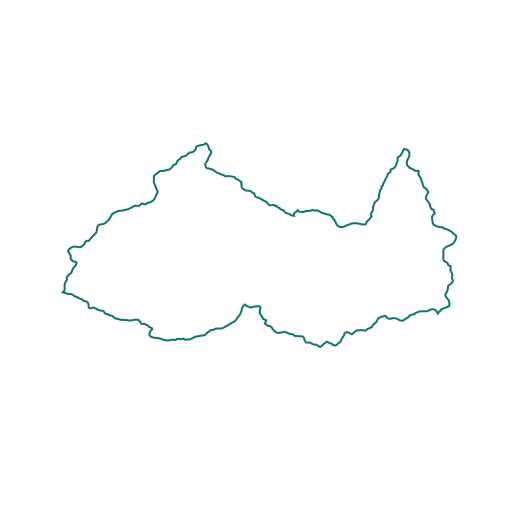 Pomabamba, Áncash, Peru (Equal Earth projection), rotated 247°
{"feature_id": "86281439B64426099138433", "entity_name": "Pomabamba", "entity_type": "district", "adm_level": 2, "iso_a3": "PER", "parent_name": "Peru", "parent_adm1": "Áncash", "projection": "equal_earth", "projection_center": [-77.411, -8.715], "detail": "fine", "context": "isolated", "style": "outline", "palette": "teal", "viewbox_px": 512, "rotation_deg": 247, "n_neighbors": 0, "source": "geoboundaries", "source_scale": "gbopen_adm2", "svg_char_len": 6113}
<svg xmlns="http://www.w3.org/2000/svg" viewBox="0 0 512 512"><g transform="rotate(247 256 256)"><path d="M155.3,426.9L156.5,427.7L159.1,427.6L160.9,428.9L162.7,429.6L167.0,429.4L170.6,431.2L172.5,429.4L173.9,429.6L175.0,429.3L177.9,427.3L179.8,427.2L182.4,428.2L184.5,429.4L187.6,430.4L188.7,431.2L189.5,432.5L189.9,434.1L190.2,436.7L190.1,439.9L190.5,442.6L192.7,445.7L195.0,447.7L196.0,448.1L196.9,447.9L199.7,446.3L201.9,445.5L203.8,444.1L206.3,441.8L207.5,440.1L209.5,438.9L211.9,434.7L215.4,431.7L217.3,431.6L221.1,432.5L223.3,433.4L224.5,434.7L225.1,436.8L226.0,437.4L227.9,437.2L229.3,437.6L230.4,436.0L231.0,435.8L233.9,435.7L235.5,436.4L242.3,434.7L243.4,435.2L245.0,436.6L247.0,439.2L248.4,439.6L252.3,438.6L253.7,437.3L254.9,437.2L256.4,437.3L257.7,437.8L260.0,437.6L262.9,438.1L267.8,437.3L269.4,438.4L270.7,438.8L271.3,438.0L271.9,436.4L272.9,435.1L274.2,434.7L275.2,433.6L276.3,432.9L277.2,431.7L278.4,431.7L279.9,430.6L282.6,431.0L285.1,432.8L288.1,436.3L291.6,437.6L292.6,437.5L294.9,436.6L295.9,435.0L296.7,434.4L295.6,432.6L294.5,431.6L292.0,428.3L291.4,425.4L291.0,424.6L289.0,423.9L284.6,420.1L283.5,418.5L283.2,417.9L282.8,416.0L282.9,414.1L282.3,413.3L281.0,412.7L280.5,412.1L280.4,410.2L279.8,409.0L278.2,408.1L276.1,405.1L274.4,403.4L272.7,401.2L271.7,400.6L271.0,399.7L270.7,398.5L269.1,398.0L268.0,395.8L266.8,395.2L264.7,393.5L262.2,392.2L260.9,391.3L259.6,388.6L259.2,386.9L258.4,385.7L255.1,382.6L253.1,382.1L250.3,378.6L248.5,378.0L247.5,378.0L245.8,375.5L244.3,371.4L242.4,369.6L242.4,368.6L243.6,366.0L245.9,362.9L247.4,360.3L248.5,357.0L248.8,350.9L248.7,346.7L250.5,344.0L251.4,343.3L253.2,342.6L259.5,342.2L259.7,341.7L260.2,341.4L261.8,341.7L262.8,340.9L263.9,340.7L265.7,339.2L267.0,336.9L268.5,335.6L269.7,333.6L270.9,332.9L274.3,330.0L274.5,328.4L276.3,326.0L276.5,325.2L276.3,324.3L278.0,318.7L278.0,317.1L278.6,315.5L279.7,313.4L281.2,312.3L281.8,312.3L281.2,311.0L280.7,308.7L280.2,307.6L279.2,306.9L278.1,306.7L279.7,304.4L281.4,303.3L283.7,300.6L285.2,299.6L287.3,299.2L289.4,296.8L290.8,296.5L292.7,294.7L294.0,294.3L294.5,293.9L294.9,292.9L295.7,292.8L296.1,292.2L297.0,289.0L297.8,287.9L301.9,286.6L303.6,285.1L308.8,281.1L310.0,279.3L310.9,278.7L314.4,278.7L315.7,277.5L317.9,276.4L318.5,275.7L320.3,272.2L323.1,270.1L324.1,269.7L325.5,269.8L326.7,270.2L327.2,270.7L328.5,270.7L329.4,271.5L332.6,269.8L333.7,269.0L335.1,267.3L336.5,267.2L337.2,266.9L340.2,262.3L341.5,258.6L343.0,258.0L345.1,255.3L346.7,254.2L347.9,252.7L352.3,250.0L354.5,247.4L356.3,244.9L357.1,244.6L359.9,244.9L360.8,245.4L363.5,249.5L364.6,250.2L368.3,254.8L369.4,255.6L370.4,255.6L372.6,254.6L376.2,255.0L378.4,254.5L379.3,253.8L379.0,251.0L379.8,247.7L380.1,244.5L379.4,243.2L377.5,241.8L376.4,239.0L376.5,237.3L377.3,235.6L375.7,230.5L376.2,226.1L375.3,224.8L374.4,221.1L372.1,218.6L371.9,217.1L372.0,215.3L370.1,212.6L369.5,209.9L369.6,208.7L370.3,205.9L370.3,203.9L371.6,201.8L371.7,201.1L371.5,199.8L370.8,198.1L370.2,194.5L368.7,192.8L366.5,192.1L364.3,190.8L353.4,190.6L352.6,190.0L350.8,187.5L348.3,185.2L347.6,183.9L346.7,180.1L346.8,178.9L347.3,177.2L346.8,175.0L346.8,174.2L347.4,173.0L348.5,172.3L349.0,171.4L348.0,168.7L348.0,167.7L349.7,163.5L349.2,160.2L349.1,156.4L349.9,151.1L351.3,146.7L350.9,140.2L347.0,134.9L345.3,130.4L345.1,128.2L346.0,124.2L345.8,122.6L344.6,121.2L340.7,118.8L339.8,117.8L336.7,110.5L335.7,109.0L335.4,107.4L336.2,106.0L336.2,105.5L335.6,104.0L334.5,103.3L333.8,102.4L332.7,98.4L332.9,97.2L335.3,93.3L335.9,91.7L336.0,90.3L335.7,88.3L335.2,86.4L334.5,85.3L333.8,84.9L328.3,85.6L326.4,84.4L325.0,84.3L322.4,85.8L320.9,87.9L320.1,88.1L319.3,87.8L317.8,86.4L316.2,82.9L312.7,79.4L311.7,75.9L310.6,73.7L309.8,73.2L308.0,72.8L305.8,69.7L304.8,68.8L299.9,66.8L299.0,66.0L298.0,63.9L297.3,65.2L295.1,67.3L293.2,70.9L292.1,72.0L289.6,73.5L288.2,75.2L287.2,75.8L283.8,79.0L282.6,79.6L280.3,82.1L279.0,82.8L278.3,83.0L276.6,82.9L274.5,82.0L273.2,82.4L272.4,83.5L272.3,85.5L271.6,86.7L267.4,90.4L265.2,93.7L264.4,94.3L262.8,94.4L261.2,95.2L260.3,96.9L258.6,98.0L257.0,100.4L254.9,101.2L253.3,102.4L249.8,107.1L247.2,112.6L246.1,114.1L244.9,118.1L244.6,120.2L243.1,122.8L240.5,123.8L238.7,123.7L238.1,124.5L237.2,126.7L234.2,129.3L232.6,129.8L230.2,132.0L229.1,131.8L228.3,129.5L226.0,127.3L224.5,127.0L222.7,127.8L220.5,130.3L218.1,134.7L214.9,138.2L213.0,141.1L212.4,142.6L211.7,146.5L210.1,148.8L210.4,150.6L209.8,152.7L208.9,153.9L208.5,156.5L206.5,158.4L205.0,162.9L205.4,168.5L203.6,176.5L203.2,177.3L203.6,179.5L204.5,180.8L204.8,183.7L205.3,184.7L205.4,185.7L204.6,188.4L204.6,189.0L204.9,190.0L204.8,190.8L202.9,195.5L202.6,197.0L203.2,202.9L204.0,207.9L204.1,210.4L204.9,212.5L206.3,214.5L208.5,218.5L210.7,220.8L213.7,222.9L215.2,225.3L215.7,226.7L213.1,228.3L210.6,231.1L209.9,235.4L208.5,239.2L207.9,240.0L206.7,239.9L205.0,238.5L203.5,238.0L202.0,237.0L195.1,238.2L192.8,240.3L192.2,240.0L191.4,238.7L190.4,237.7L187.6,239.3L185.0,242.4L182.4,242.7L179.6,243.6L177.5,244.9L176.2,247.2L175.1,252.6L172.2,255.7L170.9,256.8L170.3,258.1L169.2,259.5L167.6,260.1L167.0,260.9L164.4,266.3L163.5,267.6L161.4,268.2L159.4,267.8L156.8,268.3L155.2,271.8L152.9,273.6L151.7,275.0L150.7,277.0L149.4,277.7L147.2,279.4L147.2,280.2L148.8,284.9L149.4,287.9L147.3,289.5L145.6,291.5L143.9,292.1L143.1,293.1L142.8,293.8L142.6,295.2L144.2,300.3L147.1,303.7L148.6,306.1L150.5,307.6L150.5,309.4L150.2,310.3L148.2,312.3L146.7,313.2L146.5,314.0L147.7,317.4L148.1,319.0L148.0,320.0L146.8,323.4L145.4,326.4L144.6,327.1L144.6,328.0L145.2,329.8L145.3,334.7L146.7,336.5L148.4,341.3L149.9,342.9L151.0,344.6L151.0,347.8L150.6,351.2L150.3,351.7L146.9,352.9L145.5,355.7L145.1,358.6L144.8,359.1L143.2,361.2L140.3,363.6L139.2,365.4L139.1,367.1L139.7,368.3L140.1,372.3L141.4,374.9L140.5,379.1L141.2,380.6L141.1,384.8L139.7,388.7L138.5,391.1L138.3,392.6L138.5,395.8L138.0,397.6L137.3,399.0L136.8,399.6L134.8,400.5L131.9,400.9L133.0,402.4L133.7,404.7L134.6,406.2L134.3,410.0L134.4,414.3L137.1,415.7L138.3,415.7L139.8,416.1L143.8,415.0L146.0,414.9L147.1,415.7L148.0,417.2L150.2,419.4L152.8,420.8L153.6,421.5L154.1,424.1L155.3,426.9Z" fill="none" stroke="#0f766e" stroke-width="2"/></g></svg>